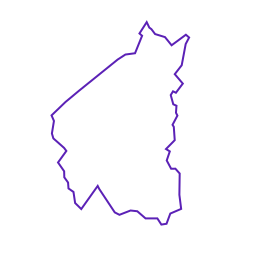 Wyoming, West Virginia, United States of America (Albers equal-area conic projection), rotated 260°
{"feature_id": "52423323B33897242247324", "entity_name": "Wyoming", "entity_type": "district", "adm_level": 2, "iso_a3": "USA", "parent_name": "United States of America", "parent_adm1": "West Virginia", "projection": "albers", "projection_center": [-81.547, 37.602], "detail": "fine", "context": "isolated", "style": "outline", "palette": "violet", "viewbox_px": 256, "rotation_deg": 260, "n_neighbors": 0, "source": "geoboundaries", "source_scale": "gbopen_adm2", "svg_char_len": 901}
<svg xmlns="http://www.w3.org/2000/svg" viewBox="0 0 256 256"><g transform="rotate(260 128 128)"><path d="M200.7,199.4L206.5,203.9L209.8,201.2L201.9,185.3L211.1,180.2L215.8,171.0L221.3,168.2L223.2,166.4L229.0,164.8L219.1,155.7L216.4,157.9L200.4,147.9L200.8,138.2L197.2,129.7L173.3,86.4L164.5,71.0L153.7,54.9L147.8,56.3L135.8,52.1L130.7,52.7L119.5,61.6L116.1,63.3L106.2,53.1L96.5,57.6L90.5,56.7L84.7,59.5L78.8,58.9L74.5,63.2L63.3,62.9L56.3,67.9L70.7,82.5L76.2,88.1L72.9,89.1L47.2,100.3L44.0,104.5L46.3,116.2L44.4,122.7L35.9,129.6L33.9,141.2L27.1,144.1L27.0,149.3L36.4,154.8L39.1,166.3L53.3,167.0L74.2,171.0L79.7,167.6L80.4,163.4L89.3,160.5L97.7,165.1L100.7,161.8L107.9,171.9L121.2,173.3L123.4,172.4L131.6,178.8L134.7,177.9L141.5,179.6L143.5,176.7L153.0,175.8L156.3,178.7L154.4,181.3L160.2,187.5L162.2,189.7L172.9,183.4L180.5,191.8L200.7,199.4Z" fill="none" stroke="#5b21b6" stroke-width="2"/></g></svg>